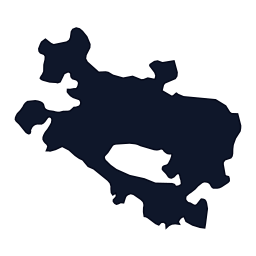 outline of Álava
{"feature_id": "ESP-5801", "entity_name": "Álava", "entity_type": "Autonomous Community", "adm_level": 1, "iso_a3": "ESP", "parent_name": "Spain", "parent_adm1": "", "projection": "equal_earth", "projection_center": [-2.779, 42.851], "detail": "fine", "context": "isolated", "style": "filled", "palette": "ink", "viewbox_px": 256, "rotation_deg": 0, "n_neighbors": 0, "source": "natural_earth", "source_scale": "10m", "svg_char_len": 3983}
<svg xmlns="http://www.w3.org/2000/svg" viewBox="0 0 256 256"><path d="M112.8,194.9L111.4,192.7L111.1,189.0L111.2,186.3L110.2,183.0L107.9,180.3L93.7,168.8L88.2,166.4L82.7,159.8L79.4,158.3L75.2,155.4L69.1,149.9L62.2,146.3L55.6,149.4L50.0,151.0L49.1,150.7L46.4,150.7L47.3,148.6L48.0,146.1L46.8,144.1L45.3,142.8L44.0,141.2L43.1,139.3L43.2,137.2L44.0,135.0L45.4,132.4L47.8,129.4L50.1,125.7L51.6,122.9L52.1,119.7L51.3,117.6L49.7,116.7L47.8,117.2L44.8,121.4L43.2,123.0L41.5,123.9L37.4,123.8L35.4,124.2L33.6,125.2L32.1,126.6L31.1,128.4L30.3,130.1L30.5,131.7L30.1,133.1L28.9,133.8L27.4,133.2L25.9,132.1L19.3,123.9L16.3,121.1L15.4,119.5L15.6,117.6L16.4,115.7L17.5,113.7L20.6,110.5L23.1,107.0L24.1,105.0L25.5,103.2L27.5,101.6L35.3,100.8L37.9,101.2L40.1,101.9L41.9,102.8L43.3,104.3L44.3,107.9L45.5,109.4L47.2,110.3L49.2,110.9L53.4,111.5L55.6,112.1L57.6,112.4L59.7,112.4L63.2,111.5L67.8,111.4L69.7,111.1L71.3,109.9L74.0,107.4L75.8,107.4L78.7,106.5L79.8,105.7L80.5,104.5L80.9,102.9L80.6,101.4L79.6,99.6L73.3,97.4L70.5,95.6L68.6,93.5L67.4,91.9L67.5,89.4L70.2,89.5L74.1,88.8L75.6,88.8L76.2,88.7L76.7,88.3L77.5,87.3L78.2,85.6L78.7,83.2L78.3,81.6L76.6,79.9L72.5,78.6L71.1,76.9L70.9,75.3L70.9,73.6L69.8,72.4L68.1,71.7L64.1,73.6L60.1,81.8L57.6,82.7L56.1,82.3L49.7,81.9L43.1,80.1L41.3,79.3L40.3,78.2L41.2,76.4L42.5,74.6L43.9,71.5L44.0,64.8L45.2,59.7L45.4,56.4L44.2,54.4L40.4,52.9L39.1,51.2L38.8,48.7L40.5,44.3L41.6,42.1L45.4,39.2L50.8,43.5L53.6,44.8L66.7,42.1L69.3,40.4L70.6,37.7L71.4,31.7L72.8,29.4L76.2,28.0L79.5,28.9L82.4,31.3L86.8,36.8L89.9,44.3L89.7,47.6L86.0,54.9L85.4,58.7L87.2,62.1L98.6,72.3L105.7,72.0L108.2,72.5L112.9,75.3L123.2,78.2L132.6,76.4L141.3,79.9L143.7,79.7L147.8,78.1L153.7,79.3L154.6,79.3L155.3,78.7L156.0,75.7L154.9,72.4L150.1,66.1L149.8,65.2L150.2,64.4L154.4,61.6L157.6,61.0L162.4,62.8L174.0,60.9L177.1,72.4L176.8,76.0L175.2,78.5L164.9,82.9L163.4,84.7L161.9,90.7L171.4,96.2L172.3,96.2L173.5,95.7L176.0,93.4L176.5,93.2L177.8,94.4L183.5,96.8L215.6,99.8L225.6,105.9L229.6,112.3L231.5,113.7L237.6,113.9L240.6,125.7L240.5,128.2L240.0,131.1L235.4,138.3L233.1,144.7L232.6,149.0L232.5,153.6L232.0,156.1L230.8,157.8L224.9,159.8L223.1,162.3L223.1,164.5L225.0,175.3L226.1,176.1L228.5,176.7L229.1,178.4L229.2,180.9L227.9,182.4L221.5,186.6L219.3,187.6L217.2,188.0L213.3,188.0L211.9,186.9L210.1,183.8L209.1,182.9L207.9,182.2L206.0,181.8L204.0,181.7L202.0,182.5L197.7,185.9L195.0,188.9L190.7,192.3L188.9,193.4L185.9,196.1L185.5,198.2L185.7,200.1L186.9,201.6L188.3,202.8L190.1,203.1L193.4,205.0L195.1,205.6L196.9,204.7L201.3,199.1L203.1,199.3L204.7,199.9L205.8,201.4L206.4,203.3L207.3,208.7L205.4,223.6L204.7,227.9L200.1,227.3L192.6,225.0L186.1,221.4L184.0,216.4L182.0,217.1L180.4,218.3L179.1,220.0L178.1,222.2L178.6,222.8L178.8,223.0L179.1,223.3L179.5,224.2L175.3,223.6L171.8,224.0L168.8,225.5L166.2,228.0L165.9,223.7L163.7,222.1L161.3,222.3L160.2,223.2L158.8,224.9L155.7,223.5L148.0,217.7L146.0,216.6L144.3,216.4L143.6,212.0L143.7,207.8L144.1,205.9L144.0,203.9L143.3,201.7L141.0,199.4L133.6,194.3L130.6,193.5L127.5,194.7L125.8,196.3L125.0,198.3L123.6,202.8L120.7,202.5L117.9,203.8L116.4,204.2L114.7,203.2L113.4,201.5L113.4,199.9L116.0,197.1L116.5,195.6L115.7,193.0L112.8,194.9ZM156.9,149.8L154.1,149.5L140.8,145.6L137.6,144.2L135.2,143.6L129.5,143.0L115.7,143.9L113.4,144.5L112.1,145.8L107.7,152.5L104.5,155.9L104.1,157.8L105.1,160.2L110.4,165.4L116.2,169.6L129.6,175.6L144.3,178.9L155.2,183.3L171.9,183.7L173.3,184.1L174.5,184.6L175.0,185.7L176.0,186.5L178.6,186.1L181.0,184.8L181.5,183.7L181.1,180.1L180.3,177.7L180.0,175.9L179.4,174.3L178.7,173.4L177.2,173.6L176.1,174.4L174.0,176.7L172.7,177.4L171.4,178.0L169.9,177.7L168.6,176.9L166.5,173.8L165.4,172.6L164.3,171.5L163.2,170.4L162.4,169.2L162.5,167.9L163.0,166.7L164.1,166.0L166.8,165.2L168.0,164.4L168.8,163.3L170.8,159.4L171.2,158.1L171.7,156.8L172.1,154.5L171.4,153.7L169.2,153.8L167.3,153.4L165.4,152.1L164.1,150.9L163.3,149.6L162.2,148.9L160.8,148.8L158.9,149.5L156.9,149.8Z" fill="#0f172a" stroke="#020617" stroke-width="1.5"/></svg>